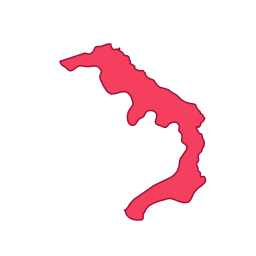 an SVG outline of Azad Kashmir, rotated 134°
{"feature_id": "PAK-1109", "entity_name": "Azad Kashmir", "entity_type": "Centrally Administered Area", "adm_level": 1, "iso_a3": "PAK", "parent_name": "Pakistan", "parent_adm1": "", "projection": "mercator", "projection_center": [73.919, 33.973], "detail": "fine", "context": "isolated", "style": "filled", "palette": "rose", "viewbox_px": 256, "rotation_deg": 134, "n_neighbors": 0, "source": "natural_earth", "source_scale": "10m", "svg_char_len": 4183}
<svg xmlns="http://www.w3.org/2000/svg" viewBox="0 0 256 256"><g transform="rotate(134 128 128)"><path d="M189.5,73.4L188.7,72.9L186.2,72.8L181.7,73.8L175.3,74.1L151.1,69.3L133.8,62.9L129.4,62.2L125.1,62.5L120.7,64.3L115.6,68.1L113.8,69.0L102.9,70.9L102.0,71.4L100.0,73.1L99.9,75.0L100.4,77.2L100.4,79.5L99.4,81.2L96.1,83.5L95.0,85.4L94.9,88.6L94.6,89.6L94.0,90.2L92.3,91.2L91.5,91.7L90.4,93.6L90.1,95.7L90.6,97.7L92.1,99.3L93.8,100.3L95.5,101.0L97.2,101.2L99.2,101.0L101.2,101.2L102.4,102.6L103.9,106.8L104.9,108.3L105.4,110.1L105.2,111.8L103.9,113.1L99.8,115.2L98.2,116.9L97.6,119.5L98.2,121.9L99.8,124.1L101.8,125.6L103.9,126.1L108.6,124.8L110.0,124.9L113.6,126.2L116.1,126.1L118.7,125.5L121.2,125.4L123.3,126.9L124.2,129.6L123.5,132.2L121.9,134.6L120.1,136.5L117.7,138.2L115.3,139.3L107.9,140.6L106.3,142.1L103.9,146.4L103.5,147.3L103.2,148.4L103.0,149.4L102.8,151.9L103.0,153.1L103.3,154.3L103.9,155.5L107.2,158.3L111.6,160.7L115.2,163.6L116.3,168.2L114.9,174.4L112.8,180.4L112.1,181.8L111.4,182.9L110.5,183.9L109.3,184.8L106.7,185.8L105.6,186.6L105.0,188.0L104.7,191.6L105.7,194.1L107.5,196.1L110.0,197.8L112.3,200.1L116.1,205.4L118.6,206.9L125.0,208.0L126.9,209.2L127.6,211.0L127.8,215.1L128.6,219.3L128.4,221.0L127.7,222.5L127.3,223.2L104.4,211.2L103.9,210.7L102.8,208.7L102.7,208.5L102.5,208.2L102.2,207.8L101.6,207.2L100.4,206.6L99.2,206.2L96.9,206.3L95.9,206.5L95.2,206.7L95.1,206.8L93.8,207.4L93.3,207.6L92.2,207.5L90.8,206.7L90.0,206.2L89.3,205.0L87.1,203.6L83.1,201.7L80.9,200.2L79.6,198.5L81.2,197.0L81.1,196.1L81.5,195.4L81.8,194.5L81.8,193.6L81.5,192.7L80.9,192.2L79.5,191.3L79.3,190.9L79.2,190.4L79.1,189.9L79.1,189.7L78.7,189.7L78.2,189.8L77.7,190.0L77.2,190.0L76.8,189.9L76.7,189.2L76.9,189.1L77.3,189.0L77.4,188.9L77.9,188.7L78.1,188.5L78.0,186.9L77.7,185.3L77.6,183.8L77.9,182.9L78.1,182.3L78.3,181.4L78.0,180.6L77.2,179.6L76.5,178.4L76.3,176.9L76.9,175.9L77.7,174.9L78.4,172.5L79.0,172.1L79.5,171.9L80.0,171.6L80.0,170.8L79.9,170.2L79.6,169.6L79.1,166.9L79.1,166.1L79.3,165.5L79.8,165.4L80.2,165.1L80.5,164.3L80.3,163.0L79.8,161.5L79.1,160.0L78.3,159.0L76.5,157.3L76.2,156.7L76.6,155.5L76.5,155.0L76.5,154.2L77.8,151.6L78.1,150.5L78.0,149.0L77.8,147.5L77.3,146.1L76.5,144.9L75.8,142.7L76.9,136.6L76.7,133.8L72.5,125.8L72.5,125.7L71.8,120.8L70.6,115.8L70.6,115.7L70.5,114.8L70.5,114.3L70.5,114.0L70.6,111.4L70.6,110.0L69.5,104.1L69.4,104.1L68.4,103.0L68.2,102.2L67.6,101.1L64.9,97.0L64.4,95.3L64.6,94.9L65.4,93.5L65.8,92.5L66.1,90.9L66.1,90.7L66.2,90.3L66.2,87.8L66.3,87.4L66.4,87.2L66.8,86.5L66.9,86.2L67.0,85.7L66.8,83.5L66.9,83.1L67.0,82.8L67.3,82.2L67.4,81.9L67.5,81.6L67.5,80.9L67.5,80.5L67.6,80.1L67.8,79.7L68.1,79.4L68.7,79.1L68.8,79.1L70.8,78.7L71.1,78.7L71.5,78.7L72.9,79.0L73.1,79.0L73.5,79.0L74.8,78.3L75.7,77.9L76.3,77.7L76.9,77.6L77.5,77.6L78.1,77.7L78.5,77.9L78.5,78.0L78.8,78.7L79.0,79.2L79.2,79.4L79.3,79.6L79.7,79.6L79.8,79.5L80.1,79.2L80.8,77.8L82.2,73.8L82.2,73.4L82.2,73.0L82.1,72.5L81.6,71.7L81.5,71.4L81.4,71.0L81.4,70.6L81.6,70.2L83.6,67.0L84.0,66.3L84.5,64.6L85.0,63.6L85.5,63.0L86.2,62.3L87.7,61.2L88.4,60.8L89.0,60.6L90.2,60.6L90.7,60.6L91.1,60.4L91.6,60.1L92.9,59.2L93.1,59.1L94.6,58.8L97.6,59.0L97.8,58.9L98.0,58.9L99.2,57.9L99.4,57.8L99.8,57.5L100.3,57.1L100.6,56.8L100.7,56.7L101.2,55.8L101.6,55.4L101.9,55.1L102.4,54.7L102.9,54.5L104.0,54.4L104.4,54.3L104.8,54.2L105.6,53.9L106.4,53.6L106.6,53.3L106.7,53.2L106.8,53.2L107.1,52.7L107.6,51.2L107.9,50.4L108.0,50.1L108.4,49.7L109.1,49.1L109.4,48.8L109.7,48.1L109.9,47.4L109.8,46.1L109.9,45.4L110.1,44.7L110.7,44.0L111.4,43.2L111.8,42.9L112.2,42.7L112.4,42.4L112.5,42.0L112.2,41.4L111.9,41.0L111.6,40.7L110.7,40.3L110.5,40.2L110.4,40.0L110.3,39.9L110.2,39.7L110.1,39.4L110.0,39.0L110.2,38.6L110.8,37.2L111.1,36.7L111.6,36.1L112.3,35.4L114.1,34.9L115.0,34.9L117.5,35.0L123.9,35.9L124.0,35.9L129.6,35.4L133.7,33.8L137.3,32.9L139.1,33.1L141.2,34.3L143.2,36.5L144.9,39.3L147.5,45.5L149.0,48.2L150.9,50.1L160.3,55.6L164.9,57.6L169.1,58.8L172.4,58.9L174.4,58.5L176.0,57.9L178.7,57.4L180.1,56.7L182.5,54.4L183.7,54.1L183.8,54.1L185.2,54.8L188.4,58.1L190.0,60.4L191.2,63.1L191.6,65.9L191.4,68.5L189.7,72.5L189.5,73.3L189.5,73.4Z" fill="#f43f5e" stroke="#9f1239" stroke-width="1.5"/></g></svg>